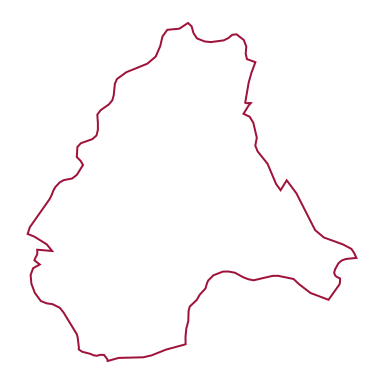 the District of Diekirch
{"feature_id": "LUX-906", "entity_name": "Diekirch", "entity_type": "District", "adm_level": 1, "iso_a3": "LUX", "parent_name": "Luxembourg", "parent_adm1": "", "projection": "equal_earth", "projection_center": [5.98, 49.94], "detail": "fine", "context": "isolated", "style": "outline", "palette": "rose", "viewbox_px": 384, "rotation_deg": 0, "n_neighbors": 0, "source": "natural_earth", "source_scale": "10m", "svg_char_len": 1768}
<svg xmlns="http://www.w3.org/2000/svg" viewBox="0 0 384 384"><path d="M255.4,62.2L251.5,72.6L248.7,82.5L245.2,102.7L246.2,103.2L249.6,103.0L250.8,103.1L248.7,105.4L243.5,113.8L249.6,116.7L253.3,122.7L256.8,137.7L255.3,145.7L257.7,151.5L267.5,163.7L276.1,184.0L280.6,190.2L286.7,180.3L296.4,193.3L315.1,230.1L323.9,237.5L343.1,244.5L351.4,248.9L354.1,252.9L356.4,257.9L356.1,257.9L345.9,259.0L341.7,260.5L338.4,263.3L335.1,269.3L334.1,272.7L335.3,275.7L337.1,277.0L340.1,278.5L340.0,281.6L339.6,284.2L328.5,299.8L310.5,293.0L298.8,284.0L293.6,279.0L278.1,275.8L272.5,275.9L253.5,280.3L248.2,279.2L243.1,277.2L234.9,272.7L228.3,271.5L222.9,271.6L213.4,275.3L208.1,280.6L206.9,283.6L205.5,288.4L199.6,294.9L196.8,299.9L189.8,306.5L188.6,310.7L188.3,320.9L186.3,328.8L185.5,336.7L185.6,344.3L166.0,349.6L151.8,355.3L143.2,357.3L118.7,357.9L107.6,361.0L107.4,359.3L104.1,355.0L100.4,354.8L96.8,355.8L93.6,355.3L90.2,353.8L82.3,351.8L78.7,349.4L78.9,347.7L77.7,337.6L76.8,334.2L63.5,312.4L59.8,307.8L52.6,304.2L46.5,303.3L40.8,301.0L34.8,292.8L31.4,283.7L30.6,275.1L33.1,268.2L39.8,264.5L34.4,260.3L35.4,257.7L36.4,256.0L37.3,253.9L37.2,249.7L52.1,251.0L46.8,244.4L34.3,236.6L27.6,233.9L29.9,227.1L49.6,199.1L51.9,194.5L53.2,190.9L55.3,187.1L59.8,182.3L63.8,180.1L72.1,178.5L76.8,174.9L83.0,165.0L80.7,161.0L76.8,157.0L77.4,147.0L80.9,143.2L92.4,139.1L96.5,135.5L97.9,129.8L97.9,123.0L97.3,114.7L100.6,110.2L108.9,104.4L112.3,100.3L113.7,95.4L114.9,83.7L116.9,79.1L126.3,72.2L147.3,63.7L155.7,56.6L160.2,46.2L162.5,36.4L167.3,29.8L179.3,28.7L188.0,23.0L191.6,26.3L193.5,33.1L197.0,38.4L202.0,40.4L204.4,41.4L210.8,42.1L223.6,40.4L228.5,38.0L232.2,34.8L236.5,34.3L243.8,40.0L246.3,46.6L245.7,53.4L246.9,59.1L255.4,62.2Z" fill="none" stroke="#9f1239" stroke-width="2"/></svg>